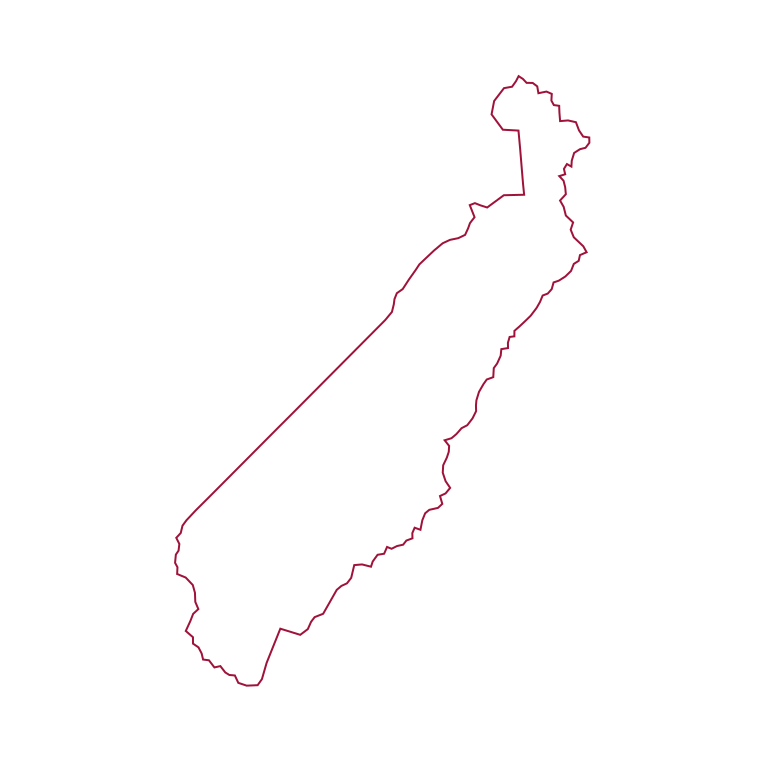 São Pedro da Cipa, Mato Grosso, Brazil (Albers equal-area conic projection), rotated 140°
{"feature_id": "56859067B41426508877483", "entity_name": "São Pedro da Cipa", "entity_type": "district", "adm_level": 2, "iso_a3": "BRA", "parent_name": "Brazil", "parent_adm1": "Mato Grosso", "projection": "albers", "projection_center": [-54.778, -15.968], "detail": "fine", "context": "isolated", "style": "outline", "palette": "rose", "viewbox_px": 768, "rotation_deg": 140, "n_neighbors": 0, "source": "geoboundaries", "source_scale": "gbopen_adm2", "svg_char_len": 2421}
<svg xmlns="http://www.w3.org/2000/svg" viewBox="0 0 768 768"><g transform="rotate(140 384 384)"><path d="M122.7,412.5L118.7,418.3L115.8,424.3L116.1,430.6L110.4,428.2L107.9,433.1L102.5,434.9L100.7,430.1L96.6,434.4L89.8,438.8L82.9,437.9L77.8,435.4L71.6,436.8L68.3,440.9L72.4,445.5L71.6,452.9L68.7,461.2L73.6,467.6L80.1,472.2L75.2,479.1L71.0,484.5L74.6,488.5L73.6,493.5L69.0,498.4L71.6,503.6L78.8,507.5L75.3,513.5L76.6,519.1L81.2,523.0L81.5,528.4L83.0,533.3L88.3,531.1L94.8,529.4L101.9,533.5L117.7,530.0L128.3,521.4L129.5,502.4L118.1,491.7L128.5,476.7L145.2,453.1L148.8,448.0L155.0,438.9L170.9,451.6L191.5,452.9L195.3,458.9L198.1,464.1L203.3,465.9L207.4,453.6L214.7,452.0L219.3,449.3L226.0,446.1L233.4,448.0L240.8,452.0L248.6,454.1L259.7,454.1L272.0,453.4L280.0,452.9L286.4,451.0L297.8,448.0L308.6,444.7L315.8,445.3L321.4,442.3L325.3,438.7L331.6,434.1L342.0,432.2L474.5,420.2L493.0,418.6L590.8,409.8L609.6,408.2L622.9,406.6L629.4,405.0L635.5,400.5L642.0,399.7L643.6,393.0L648.5,388.4L653.1,387.1L659.0,381.3L660.0,376.4L664.6,371.4L660.3,363.2L659.7,352.9L663.0,345.6L668.6,338.4L670.9,330.9L677.9,330.6L684.7,326.9L694.6,322.2L693.1,312.8L697.2,307.9L695.4,301.5L696.9,294.8L699.7,289.2L695.7,284.9L696.1,275.9L690.7,273.1L691.0,265.1L689.5,260.5L685.6,256.6L687.7,248.7L683.1,241.2L674.4,234.5L667.2,236.4L653.2,245.8L620.7,263.2L609.4,245.7L599.9,245.2L592.7,248.7L587.0,250.0L578.3,247.1L564.8,252.1L552.5,256.7L546.4,256.7L540.5,255.1L533.7,256.6L523.2,264.4L516.8,259.9L511.4,252.4L506.7,255.3L498.7,257.3L493.0,253.9L486.4,257.2L484.1,252.9L478.2,251.5L472.6,248.6L467.5,249.7L461.4,247.5L458.1,251.6L452.9,254.2L449.8,248.9L442.2,255.0L435.6,258.5L430.2,258.5L422.3,254.4L416.4,254.7L413.1,262.2L407.2,260.6L400.1,261.9L399.3,269.9L396.0,278.3L390.9,283.7L383.2,287.2L378.0,290.4L373.9,294.7L373.7,301.9L367.2,299.1L360.7,299.1L353.0,300.3L346.7,298.9L338.2,300.8L330.9,304.0L327.3,308.5L323.7,312.1L316.3,316.9L307.8,320.0L302.4,321.4L295.9,319.0L289.7,325.6L284.1,327.0L276.4,330.7L271.7,335.3L265.9,331.8L262.6,335.9L257.5,339.3L253.5,336.7L249.9,340.9L243.7,341.0L234.7,341.5L227.8,342.0L218.2,344.2L211.7,346.6L205.6,349.8L200.4,348.0L194.5,348.9L188.8,352.8L183.7,350.8L176.0,349.8L168.0,350.4L161.4,354.0L155.7,353.2L151.0,356.8L144.1,354.7L142.8,361.4L143.5,367.5L144.3,374.4L141.8,382.2L135.3,386.2L136.4,396.2L132.5,404.2L131.2,411.4L122.7,412.5Z" fill="none" stroke="#9f1239" stroke-width="2"/></g></svg>